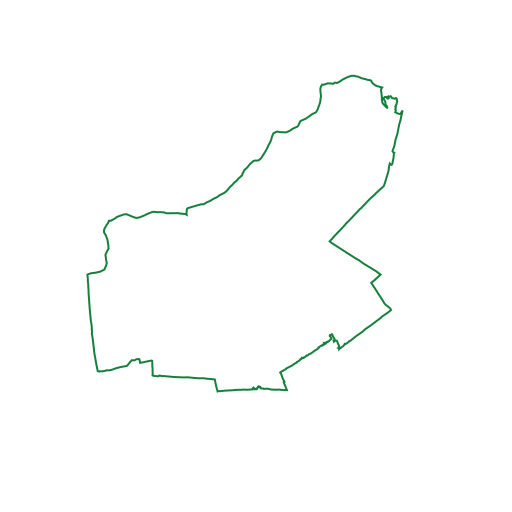 the district of Bogda, Timis, Romania, rotated 159°
{"feature_id": "2599482B35137521275654", "entity_name": "Bogda", "entity_type": "district", "adm_level": 2, "iso_a3": "ROU", "parent_name": "Romania", "parent_adm1": "Timis", "projection": "mercator", "projection_center": [21.542, 45.957], "detail": "fine", "context": "isolated", "style": "outline", "palette": "green", "viewbox_px": 512, "rotation_deg": 159, "n_neighbors": 0, "source": "geoboundaries", "source_scale": "gbopen_adm2", "svg_char_len": 6000}
<svg xmlns="http://www.w3.org/2000/svg" viewBox="0 0 512 512"><g transform="rotate(159 256 256)"><path d="M380.7,341.6L382.6,339.5L384.9,338.2L386.3,336.8L387.8,335.7L388.9,334.1L389.4,332.5L388.8,329.2L388.8,324.9L389.2,322.8L389.9,319.7L390.1,318.4L390.7,317.0L390.9,315.8L393.5,313.7L396.0,311.2L396.3,310.6L396.7,308.4L397.3,306.5L397.7,303.4L398.2,302.4L399.3,300.8L401.6,298.6L402.3,297.7L406.9,297.2L411.8,297.9L416.1,299.0L418.6,299.1L420.1,299.0L421.0,295.5L421.8,293.4L422.9,289.3L423.9,286.5L424.5,284.3L425.4,282.0L430.3,265.9L433.6,254.0L433.7,253.0L434.8,248.4L435.3,247.4L436.1,244.3L437.2,242.0L437.4,240.7L438.4,236.1L441.8,222.8L444.1,210.9L445.0,205.2L443.8,204.3L443.1,204.4L441.0,203.4L436.8,202.7L436.3,202.9L434.8,202.1L433.7,201.8L430.7,201.4L427.1,201.4L421.7,200.8L416.3,199.7L415.3,199.9L411.0,202.5L409.7,202.9L409.3,203.2L406.8,202.1L404.6,202.5L402.4,201.8L401.9,201.5L402.4,197.7L391.2,195.9L390.5,195.4L391.7,191.7L392.2,190.7L392.9,187.8L393.4,186.9L393.4,186.4L394.1,184.9L394.4,183.6L395.4,181.6L395.0,181.2L393.3,180.1L390.1,178.6L389.6,179.0L388.6,178.9L387.2,177.7L385.2,177.0L375.9,172.4L366.4,168.3L363.8,167.5L353.9,162.6L348.4,160.5L345.2,158.7L343.8,158.1L338.7,155.5L339.8,149.1L340.4,143.3L339.4,143.3L337.8,142.6L334.1,141.7L324.6,138.6L323.4,138.5L322.9,138.1L321.2,137.7L317.9,136.4L315.6,135.8L312.2,134.3L306.7,132.6L306.5,132.8L306.5,133.2L306.0,133.3L306.0,133.8L305.5,134.0L305.3,133.5L305.5,133.1L304.8,132.8L304.3,132.3L304.6,131.9L303.6,131.5L302.7,131.5L302.3,132.3L301.0,132.6L301.1,132.9L300.9,133.3L300.4,133.5L300.0,133.2L300.1,132.6L299.9,132.4L298.9,132.2L299.1,130.8L296.8,129.7L296.5,129.2L293.2,128.2L289.3,125.7L284.2,123.6L282.3,123.0L278.5,121.0L275.2,119.7L275.4,128.1L274.6,128.1L274.5,128.3L274.9,131.7L274.8,136.9L275.2,138.5L273.7,139.0L268.6,139.7L268.2,140.1L261.4,140.9L258.3,141.7L256.2,141.9L256.2,142.1L255.8,142.4L254.7,142.5L252.2,143.1L251.9,143.3L252.0,143.5L251.9,143.6L251.2,143.8L250.6,143.6L250.1,143.9L249.6,144.6L248.2,143.7L247.8,144.1L247.2,144.0L244.8,144.7L244.5,145.0L243.9,144.7L242.9,144.8L241.8,145.3L240.0,145.3L236.2,146.2L235.7,146.5L233.2,146.9L231.8,147.2L231.4,147.5L230.6,147.6L230.5,148.2L230.4,148.2L228.5,148.6L226.7,149.0L226.5,148.9L226.6,148.7L225.9,148.6L225.3,148.9L225.5,149.2L224.9,149.4L225.0,149.1L224.3,149.1L224.0,148.9L223.3,149.2L223.7,149.6L223.6,150.5L222.6,150.1L222.4,149.6L221.8,149.3L221.3,149.7L221.4,150.1L220.9,150.4L220.4,150.4L220.1,150.1L219.7,150.0L219.3,150.4L218.3,150.4L216.6,151.3L215.4,151.5L215.2,152.0L215.2,153.3L215.8,154.7L215.5,155.5L215.3,155.7L214.2,155.6L213.1,155.8L213.0,155.3L213.0,153.6L212.8,153.0L212.8,152.1L212.3,150.8L212.6,150.1L213.9,149.2L213.7,148.6L213.8,148.2L212.9,148.5L211.6,148.4L210.8,147.5L210.8,146.5L210.9,145.3L210.7,142.0L210.9,141.6L212.1,140.8L211.5,140.5L211.5,140.0L211.1,139.8L211.7,139.5L211.8,139.2L210.5,139.8L210.1,139.7L209.4,140.0L206.7,140.7L205.4,141.4L204.7,142.2L203.9,141.7L201.4,142.2L200.4,142.5L199.8,143.0L198.5,143.0L190.8,145.4L183.9,147.1L180.7,148.4L174.5,149.9L161.5,153.6L160.1,154.3L153.6,155.8L149.3,157.1L149.3,158.2L149.7,159.3L150.8,161.4L152.6,164.3L153.1,165.8L153.8,169.8L155.2,176.4L155.4,176.7L155.7,178.9L158.0,189.7L154.8,190.7L146.3,194.0L149.8,199.4L158.4,210.5L161.2,214.8L164.1,218.4L180.7,241.0L182.0,243.3L178.8,244.8L175.7,246.5L167.1,250.5L161.5,253.3L160.3,254.1L156.8,255.5L142.1,262.6L141.2,262.8L128.7,268.7L123.6,270.6L121.6,271.6L111.6,275.5L109.4,278.1L102.0,287.6L99.9,291.6L98.0,294.3L97.5,293.0L96.7,292.5L95.3,293.8L92.4,298.4L90.7,302.0L89.9,302.8L90.8,303.9L91.0,305.0L87.3,309.3L84.1,314.5L80.4,319.1L75.3,327.3L73.1,330.2L72.4,331.0L71.4,332.8L67.0,339.2L68.0,338.7L69.3,337.6L69.5,336.8L70.0,336.4L70.4,337.0L71.4,337.3L72.5,338.3L73.2,338.7L73.7,339.6L74.5,340.3L73.3,341.9L73.2,342.3L73.4,343.0L72.7,343.7L72.6,344.5L72.3,344.8L72.4,345.0L72.4,345.5L72.2,345.7L72.0,345.4L71.8,345.5L71.2,346.7L70.6,347.0L69.8,348.5L68.8,349.6L68.7,351.0L68.3,351.7L68.4,352.8L68.8,353.3L69.2,353.4L69.9,353.1L70.4,353.2L72.5,354.9L72.5,355.2L72.7,355.3L72.7,355.8L73.0,356.9L74.0,356.8L74.7,357.0L75.0,357.6L75.9,357.5L76.2,357.0L76.2,356.3L75.9,355.7L76.1,355.6L77.0,356.1L77.0,356.3L76.7,356.5L76.7,357.0L77.0,357.3L77.0,357.6L77.5,357.6L78.8,358.3L80.2,357.8L80.5,356.3L80.1,354.6L80.1,353.5L80.3,352.3L80.9,351.4L80.7,350.5L80.2,349.1L80.1,348.0L80.4,347.4L80.8,347.6L82.8,352.5L83.0,353.6L82.8,355.2L82.4,357.2L81.8,358.5L81.0,361.4L80.6,362.5L80.0,366.1L79.4,366.9L77.8,368.1L80.0,369.6L80.7,370.3L81.8,371.0L83.5,372.6L85.3,375.7L85.7,377.1L85.6,378.3L86.1,379.0L88.5,380.3L90.4,381.9L93.6,384.0L96.6,387.0L98.9,388.3L99.7,389.0L102.3,390.0L105.4,390.2L107.6,390.1L112.3,389.6L114.9,388.9L118.1,388.5L118.7,388.6L119.3,389.2L120.3,389.6L122.3,389.1L124.7,390.5L127.3,391.5L131.1,391.6L132.0,391.8L132.8,392.3L134.7,390.9L136.0,389.1L136.6,387.3L137.5,384.2L137.6,383.4L138.3,381.3L139.1,380.3L140.2,377.9L141.3,376.2L145.8,370.9L147.3,369.6L148.3,368.8L149.5,368.5L152.4,368.4L160.0,366.4L165.8,366.1L167.0,365.5L167.2,365.1L168.8,363.7L169.8,362.5L170.9,362.0L176.6,361.6L179.4,360.8L183.6,360.6L189.5,363.2L191.6,364.6L192.9,364.6L195.8,364.3L198.4,361.6L199.9,359.4L202.2,356.9L204.6,355.0L205.5,354.0L208.5,351.2L216.3,345.4L219.2,344.4L220.8,344.7L222.4,345.4L224.3,345.6L228.7,344.0L232.4,341.8L236.4,340.2L238.0,338.5L239.0,337.9L239.5,336.9L240.0,336.4L245.5,334.2L246.8,333.3L250.2,332.2L252.4,331.0L255.5,329.8L259.9,327.3L262.9,326.3L268.3,325.8L271.2,324.9L275.5,324.6L278.9,323.9L282.9,323.7L286.1,323.1L287.0,323.2L288.4,323.9L292.1,324.3L302.4,325.1L303.5,324.7L303.8,324.3L305.6,320.9L305.9,319.3L306.9,320.4L309.9,322.0L310.8,322.3L313.3,323.9L324.1,327.9L324.8,328.4L325.8,329.4L326.5,329.8L329.5,331.2L331.7,331.9L334.9,333.6L336.6,334.2L339.4,334.3L343.2,334.2L344.9,333.9L350.9,333.8L353.3,334.2L354.3,334.6L356.1,335.9L361.9,341.4L364.8,342.2L372.0,342.3L374.1,341.6L378.9,340.9L380.7,341.6Z" fill="none" stroke="#15803d" stroke-width="2"/></g></svg>